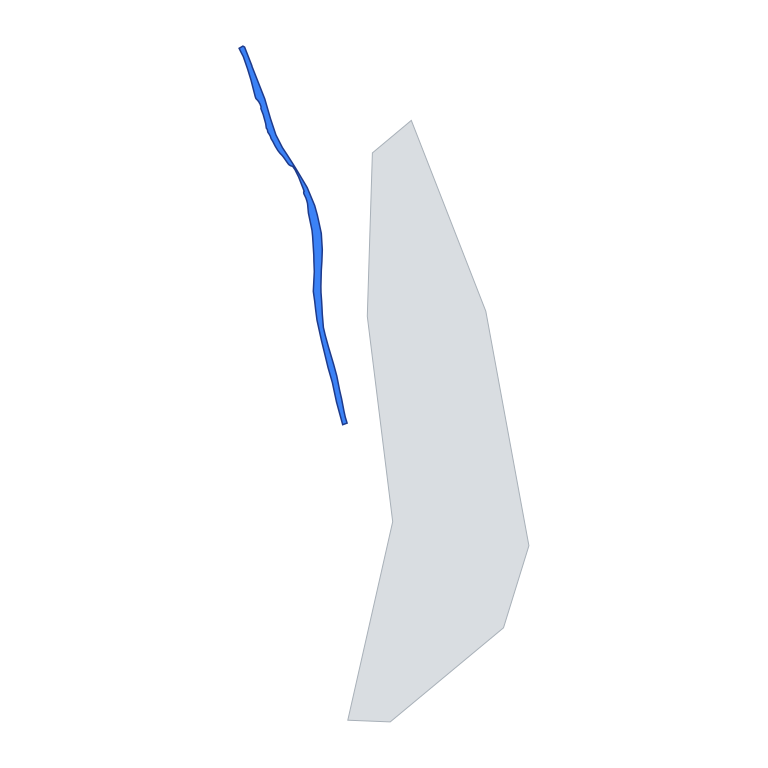 location of Lofeagai, Tuvalu
{"feature_id": "33948139B40181736549417", "entity_name": "Lofeagai", "entity_type": "district", "adm_level": 2, "iso_a3": "TUV", "parent_name": "Tuvalu", "parent_adm1": "", "projection": "orthographic", "projection_center": [179.19, -8.479], "detail": "fine", "context": "in_parent", "style": "filled", "palette": "blue", "viewbox_px": 768, "rotation_deg": 0, "n_neighbors": 0, "source": "geoboundaries", "source_scale": "gbopen_adm2", "svg_char_len": 1824}
<svg xmlns="http://www.w3.org/2000/svg" viewBox="0 0 768 768"><path d="M503.5,627.8L390.2,721.9L347.8,720.2L392.7,521.7L367.3,316.3L372.4,152.9L411.3,120.4L485.8,311.2L528.9,545.7L503.5,627.8Z" fill="#d9dde1" stroke="#a8b0b8" stroke-width="1"/><path d="M347.1,423.1L345.3,417.2L344.0,411.3L341.6,398.8L339.5,389.7L339.1,387.6L336.8,376.0L333.7,364.6L329.9,351.8L328.5,347.1L325.2,335.1L323.4,327.5L322.3,314.2L322.0,307.7L321.6,300.7L321.0,292.6L320.9,286.5L321.3,270.5L321.7,264.4L321.9,261.3L322.3,249.8L321.3,233.4L319.8,226.4L318.8,221.7L317.3,215.0L314.7,205.6L307.2,187.6L304.0,182.2L296.3,169.3L293.4,164.6L287.4,155.2L282.4,147.6L275.9,134.9L272.6,125.0L270.5,118.7L264.8,99.0L251.9,66.2L251.9,65.8L244.6,47.1L242.9,46.1L239.1,48.3L241.0,52.2L243.3,56.6L247.6,69.0L251.0,80.1L255.3,96.9L255.7,97.9L255.9,98.5L256.9,99.6L257.8,100.4L258.2,101.1L259.0,102.1L259.4,103.0L260.1,104.1L260.5,105.4L261.0,106.5L261.0,107.4L260.9,108.6L263.2,114.6L265.6,123.3L265.9,124.9L266.0,126.0L266.2,127.2L266.3,128.1L266.8,128.8L267.4,129.7L267.6,131.1L267.9,132.3L269.3,134.4L270.3,136.2L271.1,138.7L272.9,141.6L273.8,143.4L275.3,146.3L277.8,150.4L278.7,151.6L280.1,153.4L281.1,154.4L282.0,155.3L282.9,156.4L284.6,158.7L287.0,162.2L287.5,162.8L288.0,163.6L288.5,164.2L289.2,164.9L290.2,165.5L290.6,165.7L291.2,166.0L291.8,166.1L292.5,166.2L292.6,166.3L295.0,169.7L298.6,176.9L301.2,183.6L302.9,187.9L303.3,189.0L303.7,190.1L304.2,191.3L303.7,191.8L303.7,192.6L303.9,193.8L305.9,198.0L306.8,200.7L307.5,203.4L307.7,205.2L307.9,207.5L308.4,213.0L310.5,223.1L312.0,230.3L312.6,236.3L313.8,255.4L313.9,261.1L314.3,271.6L313.3,291.4L314.7,301.3L315.6,309.4L317.0,320.2L321.3,339.8L324.5,352.9L328.0,367.4L332.4,382.7L333.7,388.9L336.5,402.0L340.1,415.2L342.7,424.7L347.1,423.1Z" fill="#3b82f6" stroke="#1e3a8a" stroke-width="1.5"/></svg>